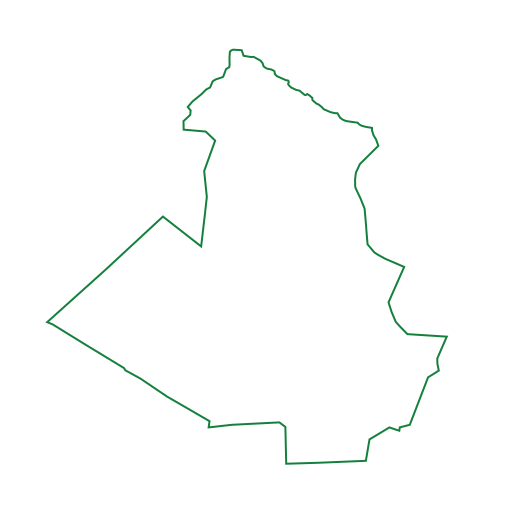 Rockingham, New Hampshire, United States of America, rotated 277°
{"feature_id": "52423323B53018851624800", "entity_name": "Rockingham", "entity_type": "district", "adm_level": 2, "iso_a3": "USA", "parent_name": "United States of America", "parent_adm1": "New Hampshire", "projection": "orthographic", "projection_center": [-70.949, 43.006], "detail": "fine", "context": "isolated", "style": "outline", "palette": "green", "viewbox_px": 512, "rotation_deg": 277, "n_neighbors": 0, "source": "geoboundaries", "source_scale": "gbopen_adm2", "svg_char_len": 1845}
<svg xmlns="http://www.w3.org/2000/svg" viewBox="0 0 512 512"><g transform="rotate(277 256 256)"><path d="M395.6,170.1L392.5,173.4L388.0,173.5L381.0,167.6L372.6,168.8L373.4,190.9L365.6,201.4L334.0,194.2L308.6,200.0L291.4,200.2L258.8,200.4L283.8,158.8L229.2,112.7L226.1,110.1L164.9,56.8L163.3,62.6L146.7,98.7L128.7,138.6L126.6,140.3L120.2,156.3L105.6,184.9L86.4,230.0L80.1,229.9L85.7,253.4L85.7,253.7L93.7,299.5L89.9,306.0L53.5,311.3L58.1,341.4L66.1,390.0L87.8,391.0L102.1,409.3L100.0,419.5L103.4,419.6L107.2,429.2L143.5,438.3L156.6,441.6L164.5,451.4L171.1,449.2L176.3,448.4L184.8,450.9L199.2,455.2L196.9,415.8L199.0,413.2L203.3,407.8L207.0,403.5L207.7,402.8L208.1,402.5L216.8,397.5L226.1,393.2L235.2,395.9L263.2,404.4L269.0,384.6L272.3,376.4L274.0,373.0L281.2,365.3L295.6,362.3L298.4,361.8L316.3,358.0L325.7,352.8L335.2,346.8L335.7,346.5L337.4,345.9L344.3,345.0L344.5,345.0L350.9,345.0L359.9,347.9L380.3,364.0L386.4,360.9L390.0,358.0L394.9,355.8L397.3,355.5L397.5,349.9L398.1,345.2L399.1,342.6L399.3,342.3L400.7,340.6L400.9,329.9L401.2,327.9L401.9,325.5L403.4,322.7L407.6,319.5L407.4,317.0L407.8,312.7L409.9,305.4L411.7,303.3L413.9,299.9L414.7,297.3L415.3,296.4L417.2,293.6L417.9,292.9L419.8,292.6L421.9,289.5L423.0,287.2L421.8,285.7L421.9,284.5L422.6,283.4L425.4,279.1L425.8,275.5L427.4,270.7L428.7,268.7L430.0,267.3L430.8,266.9L432.1,267.3L433.6,267.0L434.1,266.3L434.2,264.2L437.0,254.9L438.8,252.6L441.5,251.8L442.1,251.0L443.0,248.3L443.3,244.2L444.2,242.0L445.2,240.4L448.1,239.1L450.4,236.8L453.3,229.6L452.9,226.5L453.2,219.3L458.5,216.7L458.0,208.2L457.3,206.7L455.7,205.2L449.6,205.5L442.4,206.5L440.1,206.4L437.9,203.5L432.0,202.1L430.0,201.6L429.4,200.9L426.4,194.6L424.6,192.2L423.8,191.6L423.7,191.6L417.7,189.9L415.8,187.1L415.1,186.2L409.7,181.9L401.7,174.2L395.6,170.1Z" fill="none" stroke="#15803d" stroke-width="2"/></g></svg>